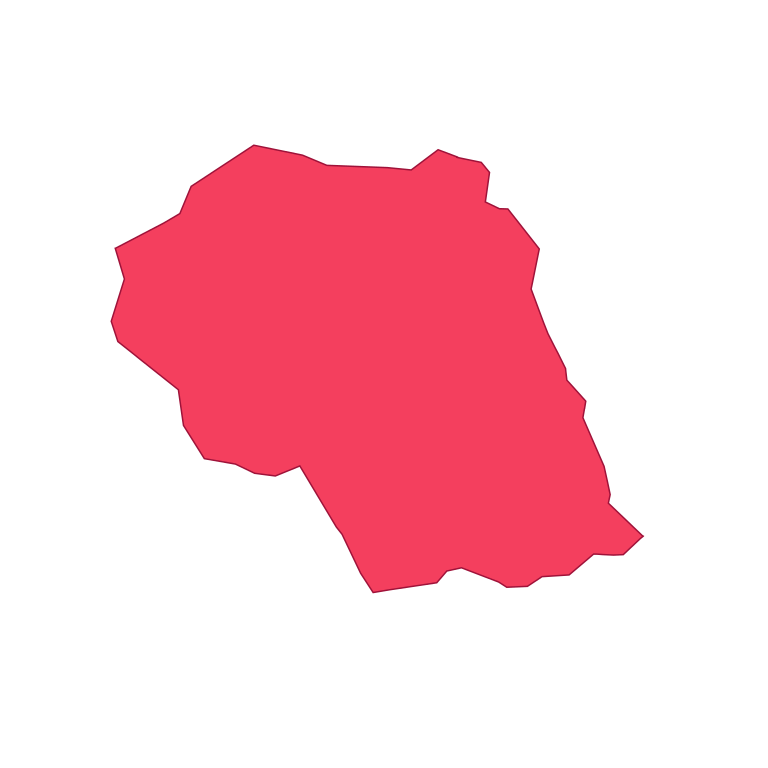 Batsu'mber, Töv, Mongolia (Mercator projection), rotated 238°
{"feature_id": "93677404B9757531437385", "entity_name": "Batsu'mber", "entity_type": "district", "adm_level": 2, "iso_a3": "MNG", "parent_name": "Mongolia", "parent_adm1": "Töv", "projection": "mercator", "projection_center": [106.756, 48.416], "detail": "fine", "context": "isolated", "style": "filled", "palette": "rose", "viewbox_px": 768, "rotation_deg": 238, "n_neighbors": 0, "source": "geoboundaries", "source_scale": "gbopen_adm2", "svg_char_len": 1431}
<svg xmlns="http://www.w3.org/2000/svg" viewBox="0 0 768 768"><g transform="rotate(238 384 384)"><path d="M641.5,228.0L610.6,219.5L581.7,185.9L561.0,180.8L545.6,186.3L532.4,190.9L488.1,206.6L455.1,192.0L415.9,192.1L394.8,215.6L376.8,227.0L363.6,243.1L359.1,269.2L287.9,267.8L278.7,268.8L235.9,263.9L212.9,264.3L206.5,279.8L187.5,323.4L192.1,338.2L187.1,352.3L155.3,376.3L146.6,380.4L136.4,398.4L136.9,415.9L124.0,439.8L128.7,471.6L127.0,474.3L123.4,479.2L117.3,488.0L112.5,496.5L114.3,505.4L117.1,519.5L117.6,523.4L118.0,523.6L117.9,523.5L117.9,523.4L117.8,522.9L118.1,522.8L149.5,514.8L164.0,511.1L168.1,515.0L169.0,515.9L170.4,517.2L183.8,522.1L184.4,522.3L197.3,526.9L197.6,527.0L210.5,528.9L219.2,530.2L250.0,534.8L256.7,540.8L256.8,541.0L262.5,546.0L263.8,545.8L277.5,543.4L279.9,543.0L290.4,541.1L291.0,541.4L298.0,544.7L301.0,546.2L301.3,546.2L312.6,547.3L317.6,547.8L324.2,548.3L339.8,549.7L351.2,551.8L362.9,554.2L386.6,559.1L391.3,563.6L413.8,584.9L413.9,585.0L416.2,587.2L416.3,587.2L416.6,587.2L435.3,585.2L466.8,581.8L468.8,578.8L470.4,576.4L471.5,574.7L483.1,567.4L484.0,566.8L484.3,566.7L484.7,566.4L486.9,568.3L507.5,585.6L513.5,584.8L514.6,584.7L520.4,583.9L532.5,571.2L535.2,568.4L537.3,566.2L537.4,566.5L537.5,566.6L554.0,554.0L551.1,520.5L565.7,501.5L599.7,451.4L621.2,436.2L655.5,400.1L653.8,325.2L636.7,301.2L637.2,282.5L641.4,228.3L641.5,228.0Z" fill="#f43f5e" stroke="#9f1239" stroke-width="1.5"/></g></svg>